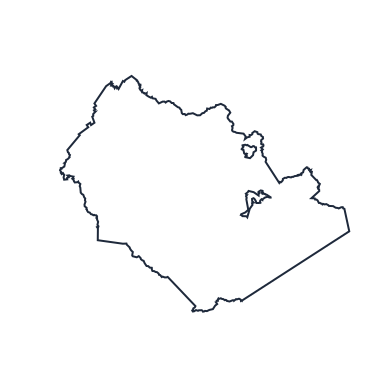 Alpine, Victoria, Australia, rotated 317°
{"feature_id": "25037944B21518620554178", "entity_name": "Alpine", "entity_type": "district", "adm_level": 2, "iso_a3": "AUS", "parent_name": "Australia", "parent_adm1": "Victoria", "projection": "mercator", "projection_center": [147.028, -36.834], "detail": "fine", "context": "isolated", "style": "outline", "palette": "slate", "viewbox_px": 384, "rotation_deg": 317, "n_neighbors": 0, "source": "geoboundaries", "source_scale": "gbopen_adm2", "svg_char_len": 6048}
<svg xmlns="http://www.w3.org/2000/svg" viewBox="0 0 384 384"><g transform="rotate(317 192 192)"><path d="M129.4,76.3L128.4,78.3L128.6,79.3L127.9,80.4L128.0,81.7L126.5,82.4L126.2,83.1L123.3,83.2L121.9,82.7L120.3,83.9L118.5,83.8L118.8,84.3L116.0,86.3L113.2,85.8L112.6,85.3L112.4,86.0L111.2,85.6L110.3,86.1L109.9,88.9L109.1,88.7L108.9,90.1L110.5,90.3L110.1,92.4L108.1,93.7L106.9,95.8L109.3,97.6L109.6,96.8L110.3,96.5L111.9,97.2L112.3,96.4L112.2,95.1L113.6,96.1L114.0,97.5L115.7,99.8L115.1,99.9L114.7,101.2L113.5,100.8L113.6,102.7L113.0,103.6L112.8,105.1L114.9,106.7L115.9,106.8L115.5,107.7L115.8,110.0L113.9,111.1L113.3,112.6L110.2,116.6L110.1,118.5L110.6,119.9L109.5,122.5L109.5,123.9L108.1,125.0L107.5,126.5L104.9,127.8L103.8,129.2L104.1,131.7L103.0,132.6L103.2,133.2L102.6,134.0L102.3,135.9L103.2,137.3L103.0,139.3L103.8,140.5L104.0,141.7L104.9,142.1L105.2,143.0L106.1,143.8L106.0,145.0L104.5,145.7L104.8,146.3L103.8,147.4L103.0,149.8L100.5,151.5L100.3,152.8L99.5,152.8L99.7,153.6L98.9,154.0L98.5,153.6L98.4,154.4L90.2,163.0L106.2,182.7L108.9,185.0L108.4,186.0L108.6,190.1L108.1,190.9L107.7,193.2L107.8,195.5L105.1,197.5L104.8,198.5L107.1,202.1L109.3,202.6L109.4,205.1L108.8,206.3L109.1,208.3L109.7,209.3L108.8,211.8L108.3,215.1L109.5,216.5L109.5,218.4L110.9,220.0L109.7,221.4L109.2,222.8L110.4,224.1L110.8,225.6L111.7,226.7L112.0,229.0L111.4,230.0L112.1,231.1L111.9,233.6L112.8,233.8L113.9,236.0L115.2,237.1L116.3,237.5L116.7,277.8L115.4,278.3L113.5,278.0L112.3,279.0L111.4,278.8L111.1,279.9L112.0,280.6L114.4,281.1L115.4,283.0L116.2,283.1L118.5,285.1L118.7,286.7L118.5,287.0L119.3,287.6L120.4,287.8L121.7,289.3L124.3,290.1L127.4,291.9L131.4,290.9L134.0,291.1L134.3,289.1L134.6,289.3L135.8,288.4L136.8,289.2L137.4,288.3L138.7,287.9L138.7,288.5L140.6,289.4L141.0,290.7L141.8,291.6L142.2,293.5L143.0,293.8L143.4,294.6L143.2,295.4L144.8,297.7L147.9,298.9L148.8,299.8L148.6,300.2L151.2,300.4L151.5,301.1L153.6,302.1L154.1,303.5L154.2,304.2L153.8,304.7L154.1,304.7L154.2,305.8L155.1,305.6L280.2,328.0L292.0,308.2L291.4,307.1L291.9,305.9L290.7,304.9L288.1,304.1L287.8,303.2L286.3,301.4L285.6,298.6L282.6,295.5L282.7,294.6L282.0,292.5L280.5,291.5L280.0,290.4L278.9,290.1L279.0,289.1L278.4,288.4L278.1,287.2L277.3,286.5L278.1,283.9L277.9,282.4L276.9,281.5L277.4,280.4L275.1,278.0L285.7,278.1L286.8,276.7L286.4,276.0L287.1,274.2L287.7,274.0L288.4,274.7L289.2,273.7L289.6,273.9L291.0,273.3L290.7,271.0L291.2,270.0L291.5,268.3L291.0,268.0L290.9,260.9L293.4,259.0L293.1,258.7L293.2,257.8L292.3,258.2L292.3,257.5L293.8,256.9L293.3,256.7L293.2,255.8L292.8,255.6L293.5,254.8L292.8,253.7L293.2,252.8L292.7,252.1L288.7,252.0L286.7,253.4L284.7,252.9L283.9,254.0L283.4,254.0L283.2,252.9L281.5,252.7L281.5,252.0L280.7,251.6L280.1,252.0L277.8,250.3L276.4,250.0L275.6,249.2L274.4,248.9L272.9,246.9L271.8,246.2L270.7,246.1L269.6,244.9L267.4,244.4L266.3,245.4L264.5,245.6L263.5,245.5L263.2,244.6L262.0,244.9L266.4,220.1L268.2,219.1L269.3,217.2L268.5,215.0L268.4,213.5L269.8,212.2L270.4,210.4L271.2,209.9L271.1,208.8L272.8,209.1L272.8,206.6L275.2,207.2L276.2,206.5L276.5,205.7L275.4,204.6L275.4,203.9L276.8,203.0L277.1,201.9L278.2,201.2L280.4,201.4L281.4,200.1L280.9,198.5L281.5,196.8L279.9,194.8L279.8,194.0L280.6,192.8L279.3,190.3L276.3,190.0L275.6,190.8L274.7,190.8L273.7,190.5L273.0,189.6L271.8,190.9L269.7,189.7L266.9,189.4L269.1,188.1L269.5,184.5L264.9,179.0L264.4,177.4L263.4,176.1L263.2,174.9L263.5,174.0L265.4,172.8L266.1,171.1L267.6,171.4L268.7,170.5L269.2,167.7L268.1,166.6L268.4,162.7L268.7,161.9L270.3,160.7L274.1,160.1L274.7,157.7L273.8,154.1L274.0,153.2L274.7,152.8L274.7,151.1L273.2,147.2L270.1,145.9L268.8,144.8L268.0,145.4L266.2,145.4L264.9,144.2L263.9,144.0L263.3,143.1L261.4,143.2L260.0,141.3L258.3,142.6L256.9,142.1L254.7,142.3L253.3,141.4L250.3,141.4L248.1,139.5L246.4,135.0L243.7,133.3L242.7,132.2L241.6,132.2L239.8,131.5L239.9,130.0L238.4,128.8L238.4,127.3L240.2,124.5L240.0,123.5L240.3,121.7L239.5,120.3L238.6,115.5L239.1,114.3L237.8,113.0L237.8,110.9L236.9,109.4L235.4,108.7L233.7,108.6L233.6,107.2L232.2,105.9L228.2,104.6L228.4,100.8L228.9,99.0L227.0,96.5L227.6,95.1L226.2,94.9L225.3,92.5L224.7,90.0L226.2,88.8L225.3,88.7L224.9,87.5L224.3,87.5L224.0,85.5L223.5,85.1L223.8,84.3L225.0,83.5L224.0,83.2L223.8,82.7L224.2,80.5L225.2,79.7L225.6,80.1L226.2,79.4L226.3,78.2L228.1,78.9L227.1,78.0L226.9,76.3L227.6,74.9L227.5,73.0L228.0,72.9L226.9,65.9L219.4,64.6L217.7,65.2L217.2,63.7L208.5,66.6L208.6,65.8L208.3,65.5L209.0,65.3L208.9,64.9L208.4,64.8L208.9,64.4L208.9,63.9L208.6,64.0L208.8,63.5L207.9,63.4L208.3,63.0L207.7,62.8L206.3,63.2L206.8,62.0L206.3,61.3L206.9,60.7L205.9,59.6L206.4,59.6L206.1,58.9L207.0,58.7L206.4,58.3L206.8,58.1L206.7,57.5L207.7,56.5L207.9,57.3L208.4,56.6L208.0,56.4L206.5,56.7L201.4,56.0L181.0,60.7L180.6,63.6L177.9,63.2L177.6,65.7L176.0,65.4L175.7,67.2L176.0,67.4L172.9,67.6L171.7,69.0L170.4,68.9L167.9,74.8L163.8,74.2L164.8,71.9L160.7,71.2L160.3,73.9L148.6,72.5L148.6,73.9L129.4,76.3ZM212.8,241.8L217.0,243.3L221.0,243.4L226.9,234.2L228.0,233.6L228.6,232.1L229.8,231.8L229.4,231.5L230.1,231.1L230.2,230.0L232.6,230.2L234.1,229.8L237.0,234.2L238.3,240.0L239.5,238.8L240.6,238.8L240.3,237.6L240.8,237.2L243.3,237.7L244.3,239.1L244.4,239.4L243.8,240.0L242.6,240.0L242.3,241.3L243.5,241.7L243.4,242.7L244.1,243.3L244.1,244.2L244.7,244.7L245.9,249.5L245.7,249.7L244.9,248.9L243.9,246.9L241.5,245.8L238.7,245.5L238.1,245.9L237.9,244.7L236.0,244.8L234.8,245.9L234.7,246.5L234.3,246.4L234.2,245.8L233.2,245.5L231.6,244.0L232.6,241.8L233.0,239.4L232.7,238.4L231.2,238.0L229.8,239.7L229.9,241.8L228.3,241.1L227.4,242.7L222.9,243.6L215.2,248.2L215.3,246.9L212.4,244.0L212.5,242.4L212.2,242.1L212.8,241.8ZM269.2,203.1L267.1,205.4L264.1,204.9L261.8,206.7L257.5,206.8L255.0,203.2L255.4,203.0L255.1,202.5L255.8,202.2L256.4,203.1L256.6,203.0L256.2,202.1L258.2,201.5L257.9,200.9L256.8,200.8L256.5,199.3L258.4,196.2L257.7,195.4L257.6,194.5L260.5,194.0L260.5,192.6L260.8,192.3L263.1,193.7L264.0,195.3L264.6,195.4L265.6,199.3L266.2,199.8L268.0,200.1L268.6,200.9L268.6,202.6L269.2,203.1Z" fill="none" stroke="#1e293b" stroke-width="2"/></g></svg>